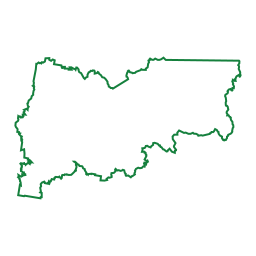 Yarra Ranges, Victoria, Australia
{"feature_id": "25037944B70077936823133", "entity_name": "Yarra Ranges", "entity_type": "district", "adm_level": 2, "iso_a3": "AUS", "parent_name": "Australia", "parent_adm1": "Victoria", "projection": "mercator", "projection_center": [145.617, -37.75], "detail": "fine", "context": "isolated", "style": "outline", "palette": "green", "viewbox_px": 256, "rotation_deg": 0, "n_neighbors": 0, "source": "geoboundaries", "source_scale": "gbopen_adm2", "svg_char_len": 5719}
<svg xmlns="http://www.w3.org/2000/svg" viewBox="0 0 256 256"><path d="M240.5,77.2L239.9,76.5L240.6,75.2L240.1,73.8L240.2,72.2L238.7,68.9L239.1,66.9L238.8,65.7L238.2,65.1L239.3,63.4L239.4,61.2L239.0,60.7L165.7,59.9L163.5,57.7L161.1,59.3L159.3,59.9L157.8,59.9L155.2,58.6L153.6,59.8L152.1,59.8L150.1,58.6L149.4,59.4L149.6,60.2L148.5,60.6L149.0,62.3L148.2,63.6L147.6,67.4L145.8,68.6L145.8,69.9L142.4,69.8L141.3,69.2L140.7,70.1L136.1,71.8L135.2,72.8L132.5,73.2L131.9,72.6L130.0,72.3L128.9,70.6L128.4,70.6L127.8,71.2L127.9,72.0L127.2,72.7L126.4,75.5L126.5,76.6L127.0,76.7L127.7,77.8L128.1,79.2L112.9,88.6L112.3,88.0L110.7,88.0L109.5,86.8L108.8,86.6L108.4,84.6L107.6,83.7L107.5,81.7L105.7,79.2L104.2,77.7L102.2,77.2L100.9,75.1L99.2,73.9L98.5,72.4L97.8,72.0L97.2,73.0L94.7,73.6L94.7,71.3L94.3,70.6L92.8,70.4L92.2,71.0L90.7,70.8L89.6,72.1L88.7,72.3L87.5,74.8L87.5,76.8L85.8,77.6L84.8,78.9L83.8,78.0L81.1,73.1L79.3,72.2L78.6,70.5L78.6,69.4L77.1,67.6L76.3,67.5L75.6,69.7L75.1,69.0L74.0,68.9L71.3,67.3L70.0,67.3L71.5,69.7L68.6,69.7L68.6,68.6L64.9,68.6L64.9,66.9L63.0,66.9L62.8,68.0L61.9,67.8L61.4,65.4L54.0,64.2L54.7,60.3L52.7,59.5L51.1,60.8L49.2,59.7L49.3,58.1L45.5,58.3L44.9,61.5L43.1,62.6L42.0,62.2L41.3,63.4L40.5,62.9L39.7,63.2L38.6,62.5L36.8,64.0L36.3,63.9L35.8,69.4L33.5,81.3L33.9,82.8L33.6,84.8L33.8,85.4L32.9,85.9L34.2,86.9L33.8,88.1L34.3,89.6L33.6,90.7L33.1,93.5L33.2,94.8L31.7,96.2L31.2,98.5L28.7,100.5L28.0,103.1L27.4,103.5L27.9,106.0L28.7,106.7L27.7,108.4L27.6,109.8L26.5,108.8L24.1,109.8L24.7,110.3L24.6,111.3L23.6,112.2L25.3,114.6L23.4,114.4L23.4,114.8L23.0,114.9L23.4,115.0L23.3,115.4L22.7,115.1L22.7,116.0L23.0,116.2L22.7,116.4L23.0,116.8L22.7,117.3L20.6,117.5L20.3,117.2L20.5,117.0L19.8,116.3L18.9,116.6L18.3,116.1L18.0,118.3L18.4,119.4L18.1,120.8L15.7,122.7L15.4,125.6L15.9,127.0L17.4,128.8L17.6,129.6L17.3,131.9L19.0,132.1L18.9,133.1L20.0,133.4L19.2,134.3L20.8,136.0L21.8,136.5L21.4,137.3L21.7,138.5L21.2,138.3L21.2,138.7L21.3,140.2L22.0,140.3L21.6,141.2L22.2,142.1L21.0,150.3L24.1,149.3L24.5,153.5L24.3,157.6L28.0,158.4L27.8,159.5L28.8,159.6L29.4,160.0L29.2,160.2L30.1,160.4L31.7,162.2L31.2,162.1L30.6,163.1L29.7,161.9L29.9,161.5L29.0,161.2L28.3,161.7L28.8,163.3L28.1,162.8L25.9,164.6L25.9,164.2L24.0,163.9L24.0,163.2L23.2,163.4L23.3,163.8L20.9,163.2L20.4,163.7L22.0,165.8L21.8,167.4L21.4,167.4L21.2,168.4L21.4,169.0L20.9,169.1L21.0,171.1L22.3,171.6L22.8,172.6L23.9,172.5L23.9,173.3L25.9,174.7L25.0,174.6L25.2,175.0L23.3,175.4L22.2,174.7L22.2,176.1L21.1,176.7L18.5,175.0L18.8,176.5L18.1,177.2L19.6,178.6L19.4,179.1L20.1,180.3L20.0,181.3L20.6,182.2L20.9,185.4L19.9,184.8L18.2,195.2L24.1,196.2L24.7,195.7L40.5,198.3L40.7,197.1L41.7,197.1L41.7,192.9L40.2,192.4L40.9,191.5L40.2,187.8L41.1,186.2L40.7,184.2L41.1,183.6L42.1,182.5L44.3,181.6L44.8,182.3L44.8,183.1L46.9,183.5L47.5,183.1L47.4,183.6L48.6,183.8L48.8,182.1L49.5,183.2L50.3,180.9L50.9,181.1L51.7,179.1L54.2,179.5L54.4,178.0L55.0,177.9L55.2,177.1L55.7,176.9L58.6,177.2L59.3,176.6L61.1,178.7L61.7,178.1L62.1,175.2L62.9,174.9L64.3,175.1L64.8,174.4L66.8,174.7L66.9,174.4L68.8,175.0L71.3,174.8L74.5,171.7L74.9,170.8L75.7,170.9L76.0,170.3L75.7,169.5L76.5,167.2L76.4,165.8L75.9,165.0L76.0,163.5L75.4,162.3L74.2,161.8L74.1,161.7L74.9,161.7L76.3,162.8L77.0,163.7L77.0,164.4L78.5,164.5L79.5,166.0L82.0,166.2L82.5,166.6L83.1,168.3L84.8,169.2L84.8,170.3L86.4,172.8L86.1,174.0L86.4,174.3L86.8,173.6L88.0,174.7L88.2,174.1L90.5,173.8L91.2,174.1L91.6,173.7L95.2,174.3L95.0,175.2L101.0,176.2L100.5,180.4L104.5,180.6L107.1,180.0L106.6,178.9L108.4,177.4L109.5,177.7L111.6,177.1L111.7,176.0L111.2,174.7L111.5,173.1L113.8,172.9L115.4,171.4L115.1,169.6L115.6,168.9L117.3,170.5L118.7,170.2L120.6,170.9L122.0,170.5L122.8,169.8L124.2,170.3L124.8,172.9L125.8,173.9L125.5,174.8L126.1,175.8L128.2,175.5L130.8,177.3L131.7,176.2L132.3,176.2L134.9,174.4L134.4,173.3L135.1,171.9L135.2,171.0L135.0,170.6L136.0,168.9L138.2,167.7L139.8,168.2L141.8,167.9L143.1,166.5L143.9,166.2L144.6,166.6L144.9,165.6L144.0,163.5L144.4,162.6L145.5,162.9L146.2,163.8L146.4,162.7L147.9,161.7L147.4,160.5L146.4,161.0L144.6,159.5L146.4,156.0L146.3,154.8L145.8,154.7L145.6,152.9L144.7,152.8L144.8,152.1L144.4,151.7L142.0,151.8L142.6,149.7L142.3,148.3L144.6,148.0L145.3,147.3L145.8,146.0L147.3,145.8L148.5,146.7L150.6,147.4L151.2,146.3L153.1,144.9L153.2,143.1L154.6,142.8L157.7,143.8L159.1,145.5L159.4,145.4L159.8,145.9L160.1,145.7L160.6,147.0L161.5,147.2L163.0,149.3L163.8,149.4L166.5,151.5L167.5,151.3L167.9,150.3L169.6,148.7L171.9,151.7L174.8,152.8L174.9,150.7L176.0,150.3L176.1,149.8L174.1,147.2L173.9,146.2L175.5,143.1L172.8,139.2L172.6,136.5L174.2,134.7L177.4,134.7L177.3,132.7L179.1,130.5L184.0,132.9L185.7,132.6L188.4,133.8L190.6,133.8L192.9,132.8L193.9,133.7L196.1,133.8L197.8,134.7L198.3,135.7L201.2,135.2L202.6,135.6L209.8,133.9L209.9,133.3L211.1,132.8L211.5,132.0L213.1,132.1L213.9,131.4L215.1,129.1L216.8,130.0L217.8,131.7L218.5,132.0L218.6,133.6L219.9,135.5L222.0,136.6L221.9,138.0L223.0,139.9L223.9,140.3L224.2,139.8L224.8,140.2L226.1,139.8L226.4,138.8L227.0,138.1L227.0,136.6L228.1,135.8L228.2,134.8L230.7,133.7L231.8,132.6L232.3,131.7L232.1,131.2L232.7,128.2L233.4,127.1L233.2,125.0L232.6,124.4L232.4,121.8L231.1,120.1L230.6,118.5L230.9,117.9L230.3,117.0L229.5,116.8L228.6,115.3L227.2,115.4L227.5,114.2L226.6,112.9L226.8,111.6L228.3,109.6L227.7,106.7L227.0,105.8L226.2,105.8L225.8,105.1L225.7,102.4L226.2,101.2L225.8,97.8L225.1,96.1L225.4,94.8L227.6,93.3L228.0,91.9L227.5,91.2L228.7,89.6L230.4,89.0L231.5,90.4L232.2,90.5L232.5,90.1L232.1,88.9L232.4,88.0L233.8,88.2L234.0,86.4L232.9,84.2L233.2,83.6L232.3,81.3L232.9,80.9L232.9,79.9L234.7,80.9L235.6,80.9L235.0,79.2L235.5,79.1L235.9,77.5L236.6,76.3L239.1,74.8L239.6,75.3L239.5,76.5L240.5,77.2Z" fill="none" stroke="#15803d" stroke-width="2"/></svg>